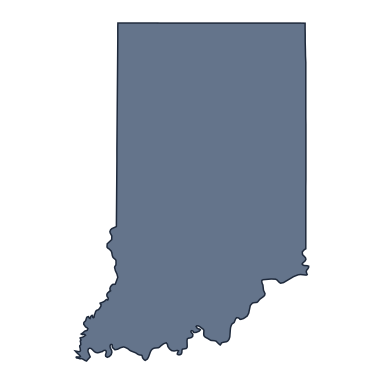 outline of Indiana
{"feature_id": "USA-3547", "entity_name": "Indiana", "entity_type": "State", "adm_level": 1, "iso_a3": "USA", "parent_name": "United States of America", "parent_adm1": "", "projection": "robinson", "projection_center": [-86.788, 39.771], "detail": "fine", "context": "isolated", "style": "filled", "palette": "slate", "viewbox_px": 384, "rotation_deg": 0, "n_neighbors": 0, "source": "natural_earth", "source_scale": "10m", "svg_char_len": 5128}
<svg xmlns="http://www.w3.org/2000/svg" viewBox="0 0 384 384"><path d="M305.1,28.4L305.2,35.1L305.2,41.9L305.4,49.4L305.5,56.1L305.8,62.5L305.8,69.3L305.8,76.2L305.8,83.1L305.8,90.0L305.8,96.8L305.8,103.7L305.8,110.6L305.8,117.5L305.9,124.4L305.9,131.2L305.9,138.1L305.9,145.0L305.9,151.9L305.9,158.8L305.9,165.6L305.9,172.5L305.9,179.5L305.8,186.4L305.8,193.3L305.8,200.3L305.8,207.2L305.8,214.1L305.8,221.1L305.8,228.0L305.8,234.9L305.8,241.9L305.8,248.8L304.4,249.6L302.3,251.9L302.5,254.6L304.5,256.6L305.5,257.8L305.9,259.3L305.2,260.8L302.7,263.1L302.1,264.0L303.0,265.0L304.1,265.5L307.1,265.7L308.7,266.2L308.6,267.5L307.7,269.0L306.7,270.1L306.2,271.8L307.2,274.6L306.2,275.1L300.5,274.5L298.1,274.8L293.6,276.6L283.5,282.6L280.6,283.2L279.3,282.4L276.8,279.8L275.6,279.2L271.2,279.0L263.1,279.7L261.8,280.4L261.8,282.0L262.3,283.8L262.9,285.0L263.5,290.3L265.0,293.6L264.7,295.2L263.7,296.4L260.0,299.1L259.0,300.2L257.9,301.6L256.9,302.4L253.9,302.7L252.4,303.1L250.3,305.5L248.7,313.1L247.2,316.0L244.7,317.8L243.3,318.6L240.7,319.4L239.9,319.3L239.5,318.6L239.1,318.3L238.3,317.9L237.3,317.7L236.6,317.7L235.7,318.7L234.2,322.3L233.5,323.0L232.3,323.6L231.4,325.1L230.7,327.0L230.4,328.8L229.8,336.9L229.1,339.1L228.6,339.9L228.1,340.6L227.4,341.2L226.6,341.7L223.2,342.3L221.5,342.9L220.8,344.3L220.2,345.0L218.7,343.8L216.0,341.1L214.4,340.7L210.9,340.4L209.5,339.6L208.3,338.8L205.5,337.3L204.4,336.4L203.8,335.2L203.7,333.9L203.9,330.3L203.3,329.3L199.6,326.5L198.3,325.9L196.9,325.8L196.1,326.4L196.9,327.9L198.3,328.8L199.8,329.2L200.4,329.8L199.1,331.2L196.2,332.4L194.5,332.5L193.7,332.3L193.3,331.5L192.9,331.1L192.1,330.7L191.3,330.7L190.9,331.5L191.2,332.4L192.5,333.7L192.9,334.7L192.6,336.5L191.4,337.5L189.8,338.0L188.3,338.2L187.3,338.9L187.0,340.7L187.2,346.3L187.0,347.6L186.1,348.5L182.4,349.2L181.9,350.5L181.9,352.2L181.4,353.9L179.9,354.8L178.2,354.8L177.2,354.0L177.7,352.5L178.5,350.8L177.2,350.4L174.1,351.0L171.6,350.6L169.5,348.9L167.9,346.6L167.4,344.3L166.2,342.8L163.7,343.7L161.0,345.7L159.4,347.2L158.5,347.7L154.4,348.1L153.1,348.6L152.1,349.3L151.3,350.2L150.5,351.6L148.5,357.0L147.4,359.0L145.2,360.4L144.4,359.9L143.8,359.4L142.7,358.0L142.4,357.1L142.2,356.2L141.9,355.4L141.1,355.1L139.8,355.0L138.8,354.7L138.0,354.4L135.6,352.8L130.8,350.9L129.5,350.1L128.3,349.0L126.7,348.1L125.0,347.3L123.5,346.9L120.6,347.7L117.7,349.2L114.9,349.8L112.5,347.5L112.3,346.7L112.3,345.2L112.0,344.6L111.4,344.4L110.8,344.5L110.3,345.0L110.0,346.1L110.3,348.0L111.6,350.5L111.9,352.2L111.2,354.6L109.4,356.5L107.3,357.3L105.7,356.3L105.5,355.0L106.3,352.2L106.1,351.0L105.2,350.3L104.0,350.4L103.0,351.0L102.3,351.6L101.6,351.7L98.8,352.6L97.5,352.8L95.9,352.5L94.6,351.8L93.5,350.8L92.4,349.6L91.1,348.5L89.6,348.2L88.4,348.9L87.9,350.7L88.1,351.8L90.2,356.9L87.0,360.4L86.6,361.0L85.3,360.6L82.8,359.1L81.6,358.6L80.0,358.8L78.3,358.2L77.0,358.0L76.5,357.9L76.2,357.5L76.2,357.1L76.5,356.9L78.5,357.0L79.6,357.0L80.4,356.6L79.9,355.6L76.5,352.4L75.3,351.0L78.5,351.6L79.2,351.6L80.3,351.0L80.5,350.4L80.3,349.6L80.2,348.4L79.7,346.7L79.8,345.6L80.4,345.2L80.8,344.6L80.7,343.3L80.5,341.9L80.2,341.1L81.0,340.1L80.1,338.0L80.9,337.6L82.1,337.4L83.4,336.8L84.5,336.1L85.5,335.2L84.5,334.3L82.3,334.6L81.2,334.0L82.8,332.9L84.3,331.5L85.0,331.0L86.6,330.6L87.2,330.3L87.9,328.7L87.1,327.8L85.7,327.0L85.0,326.2L84.8,325.7L84.3,325.1L83.8,324.5L83.7,323.5L83.9,322.5L84.4,321.9L85.0,321.4L85.6,320.7L86.1,319.3L86.5,317.9L87.2,316.9L88.5,316.6L88.6,317.1L89.3,318.1L90.0,318.5L90.6,316.9L91.0,316.2L91.6,315.6L92.1,315.3L92.4,315.7L92.6,316.5L92.9,317.4L93.5,317.7L94.0,317.3L94.2,316.4L94.3,315.3L94.5,314.5L95.0,313.6L95.6,311.6L96.2,310.7L96.7,310.3L98.1,309.8L98.6,309.5L99.7,308.2L100.8,306.4L101.1,304.7L100.1,303.7L100.1,303.1L102.2,302.4L104.4,301.3L105.0,300.8L105.8,300.0L106.3,299.6L107.0,299.5L107.4,299.9L107.7,300.0L108.2,299.0L108.2,298.0L107.0,296.3L106.8,294.9L107.2,293.6L107.9,292.7L108.8,292.0L109.7,291.4L109.3,291.4L109.5,291.2L109.8,291.0L110.0,290.7L110.2,290.2L109.9,288.5L110.5,286.8L111.5,285.4L112.7,284.4L113.4,284.3L114.3,284.3L115.2,284.2L115.5,283.5L117.8,277.3L116.9,273.9L115.4,270.7L114.6,267.5L114.8,266.5L115.8,265.2L116.0,264.2L116.0,260.7L115.6,259.7L113.5,257.9L112.8,257.0L112.3,255.5L111.7,252.4L111.0,250.8L108.9,248.8L107.9,248.2L107.4,247.7L107.0,247.0L107.2,243.8L111.7,239.6L111.8,235.9L110.2,233.0L109.9,231.6L110.6,229.8L111.9,228.6L116.1,226.7L116.4,226.3L116.4,223.0L116.5,210.7L116.6,198.3L116.7,186.0L116.8,173.6L116.9,161.4L116.9,149.1L117.0,136.9L117.1,124.6L117.2,112.4L117.3,100.1L117.4,87.9L117.5,75.6L117.6,63.4L117.7,51.1L117.8,38.9L117.8,26.6L117.9,23.0L127.4,23.0L134.5,23.0L138.1,23.0L138.5,23.0L139.5,23.0L139.9,23.0L145.2,23.0L150.6,23.0L155.9,23.0L161.3,23.1L166.6,23.1L172.0,23.1L177.3,23.1L182.7,23.1L188.0,23.1L193.4,23.1L198.7,23.1L204.1,23.1L209.4,23.1L214.8,23.1L220.1,23.1L225.5,23.1L230.8,23.1L236.2,23.1L241.5,23.1L246.9,23.1L252.2,23.1L257.6,23.1L262.9,23.1L268.3,23.1L273.6,23.1L279.0,23.1L284.3,23.1L289.7,23.1L295.0,23.1L300.4,23.1L305.1,23.2L305.1,28.4Z" fill="#64748b" stroke="#1e293b" stroke-width="1.5"/></svg>